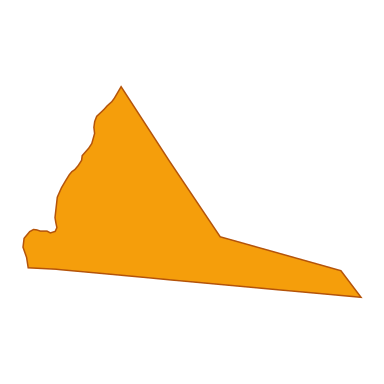 Alto do Rodrigues, Rio Grande do Norte, Brazil (Equal Earth projection)
{"feature_id": "56859067B38612658139094", "entity_name": "Alto do Rodrigues", "entity_type": "district", "adm_level": 2, "iso_a3": "BRA", "parent_name": "Brazil", "parent_adm1": "Rio Grande do Norte", "projection": "equal_earth", "projection_center": [-36.771, -5.342], "detail": "fine", "context": "isolated", "style": "filled", "palette": "amber", "viewbox_px": 384, "rotation_deg": 0, "n_neighbors": 0, "source": "geoboundaries", "source_scale": "gbopen_adm2", "svg_char_len": 639}
<svg xmlns="http://www.w3.org/2000/svg" viewBox="0 0 384 384"><path d="M361.0,297.3L340.9,270.7L220.2,236.8L169.2,160.8L121.1,86.7L114.3,98.3L111.8,101.7L107.2,105.8L104.1,109.3L101.0,112.3L96.7,116.3L94.7,121.5L93.9,127.3L94.6,133.5L91.8,143.5L88.8,148.1L82.2,155.6L81.6,160.3L78.2,165.6L74.8,169.6L71.8,171.7L69.4,174.6L65.8,180.4L61.5,187.7L57.3,197.2L55.0,217.6L55.8,222.5L56.9,227.6L55.2,231.4L50.4,232.9L47.0,231.1L40.4,231.1L36.8,229.9L33.5,229.5L29.7,231.6L24.1,238.3L23.0,247.2L26.6,257.5L28.2,267.8L55.8,269.2L60.6,269.7L142.3,277.2L171.5,280.0L279.4,289.9L361.0,297.3Z" fill="#f59e0b" stroke="#b45309" stroke-width="1.5"/></svg>